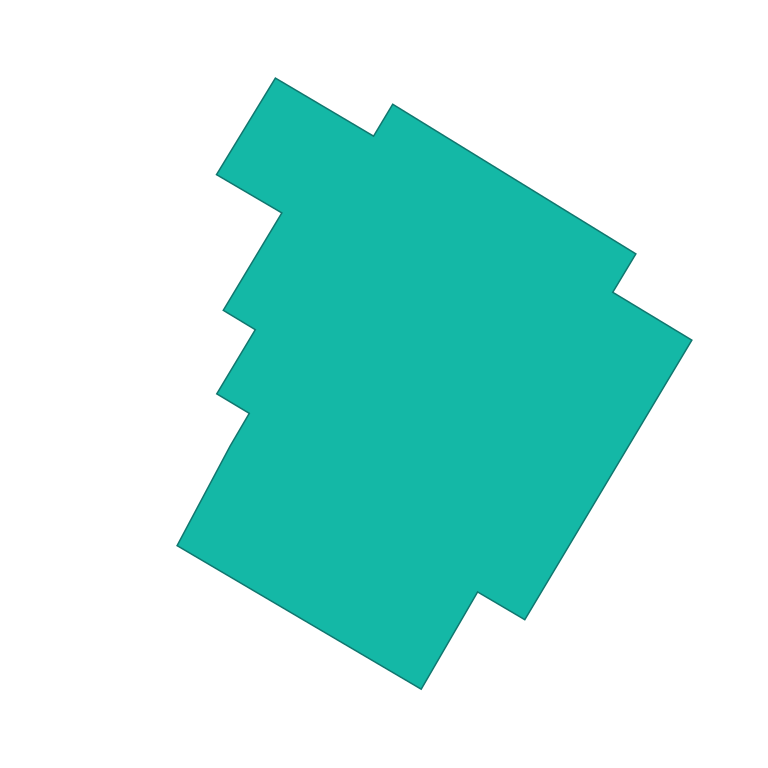 Guernsey, Ohio, United States of America, rotated 119°
{"feature_id": "52423323B21597350777733", "entity_name": "Guernsey", "entity_type": "district", "adm_level": 2, "iso_a3": "USA", "parent_name": "United States of America", "parent_adm1": "Ohio", "projection": "orthographic", "projection_center": [-81.499, 40.031], "detail": "fine", "context": "isolated", "style": "filled", "palette": "teal", "viewbox_px": 768, "rotation_deg": 119, "n_neighbors": 0, "source": "geoboundaries", "source_scale": "gbopen_adm2", "svg_char_len": 399}
<svg xmlns="http://www.w3.org/2000/svg" viewBox="0 0 768 768"><g transform="rotate(119 384 384)"><path d="M521.9,146.6L240.7,137.5L196.4,136.0L192.9,228.4L148.1,226.8L135.1,512.0L172.3,513.3L169.1,627.3L282.1,632.0L283.9,556.3L397.5,560.3L398.9,522.9L473.7,525.5L475.0,487.6L512.8,488.5L625.7,486.6L632.9,203.5L520.5,201.3L521.9,146.6Z" fill="#14b8a6" stroke="#0f766e" stroke-width="1.5"/></g></svg>